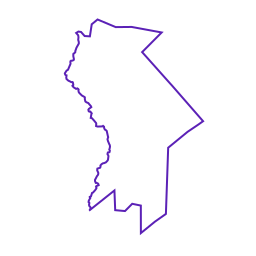 Strafford, New Hampshire, United States of America (Robinson projection), rotated 191°
{"feature_id": "52423323B44709532305945", "entity_name": "Strafford", "entity_type": "district", "adm_level": 2, "iso_a3": "USA", "parent_name": "United States of America", "parent_adm1": "New Hampshire", "projection": "robinson", "projection_center": [-70.925, 43.327], "detail": "fine", "context": "isolated", "style": "outline", "palette": "violet", "viewbox_px": 256, "rotation_deg": 191, "n_neighbors": 0, "source": "geoboundaries", "source_scale": "gbopen_adm2", "svg_char_len": 2293}
<svg xmlns="http://www.w3.org/2000/svg" viewBox="0 0 256 256"><g transform="rotate(191 128 128)"><path d="M149.9,40.3L149.8,40.2L129.4,64.1L124.9,44.9L115.1,45.9L109.4,54.4L100.6,54.3L95.3,27.3L83.7,41.2L74.4,50.9L84.8,116.3L68.8,135.6L59.4,145.0L55.6,149.0L93.2,178.3L95.1,179.7L128.6,205.2L113.2,228.2L133.2,228.0L143.7,227.9L159.3,224.7L178.6,228.7L183.4,222.9L182.9,210.7L188.1,210.0L192.4,213.3L195.1,213.2L197.0,211.4L194.7,209.6L194.3,208.8L193.9,207.4L193.7,205.0L192.7,203.0L192.4,201.5L193.9,197.0L194.4,193.5L194.2,192.5L194.9,191.2L195.3,190.9L195.6,190.7L195.8,190.2L195.4,188.1L194.2,185.2L194.3,184.4L194.6,184.1L195.7,183.4L196.7,183.2L197.2,182.6L197.2,181.8L197.0,181.1L196.8,180.7L196.7,179.9L198.0,173.8L198.3,173.4L199.2,172.7L200.4,169.7L200.4,169.4L199.9,168.6L199.6,168.2L198.9,167.9L198.4,167.9L198.2,165.5L197.7,164.5L197.7,164.4L196.0,163.3L195.8,163.3L195.3,163.0L194.7,162.9L194.3,162.8L192.4,162.2L191.2,162.5L190.8,162.2L189.9,159.9L190.0,159.5L190.4,159.2L190.6,158.8L189.2,157.6L186.4,156.5L185.3,157.2L184.3,156.8L183.8,156.3L183.8,155.3L183.3,154.0L182.6,153.2L179.5,151.1L176.5,150.1L176.2,149.8L175.9,148.1L174.9,145.9L173.7,145.3L171.7,144.9L170.9,144.2L168.5,142.3L168.0,141.5L169.2,140.2L170.0,139.4L170.4,138.3L169.7,136.9L169.0,136.7L168.0,136.9L167.2,136.1L166.4,135.5L166.6,134.8L166.5,130.8L165.4,130.8L165.1,130.6L162.7,128.8L160.3,126.8L160.0,126.2L159.8,124.7L159.7,123.8L158.2,123.6L153.4,124.7L152.9,125.3L151.8,124.7L151.4,123.4L150.5,122.1L149.3,121.7L148.3,121.0L146.3,116.4L145.7,115.2L146.0,113.1L145.2,111.4L143.4,108.7L142.6,107.7L142.2,106.5L142.1,106.2L142.1,104.4L142.3,103.4L141.5,102.3L141.5,101.5L141.6,100.7L143.1,100.1L143.2,98.9L143.1,98.3L142.1,97.3L141.8,96.5L141.6,93.1L141.8,92.2L143.1,90.1L144.7,89.0L145.8,88.6L147.0,87.5L147.9,86.0L147.6,84.6L147.8,83.7L150.3,82.3L150.3,81.4L150.1,80.4L148.7,78.5L148.4,77.3L148.6,76.1L149.3,74.8L150.5,70.7L150.2,69.5L149.2,68.0L148.7,68.2L147.0,67.8L146.4,67.3L145.9,66.3L148.0,64.9L148.2,64.2L147.7,63.6L147.5,62.7L148.4,60.7L150.0,58.0L150.9,57.4L151.3,53.8L152.4,53.1L152.2,52.4L151.7,51.9L152.6,49.4L152.6,47.8L151.7,47.2L151.6,46.9L151.6,45.3L151.2,44.2L149.8,43.1L149.6,42.7L149.5,42.1L149.6,41.2L149.9,40.3L149.9,40.3Z" fill="none" stroke="#5b21b6" stroke-width="2"/></g></svg>